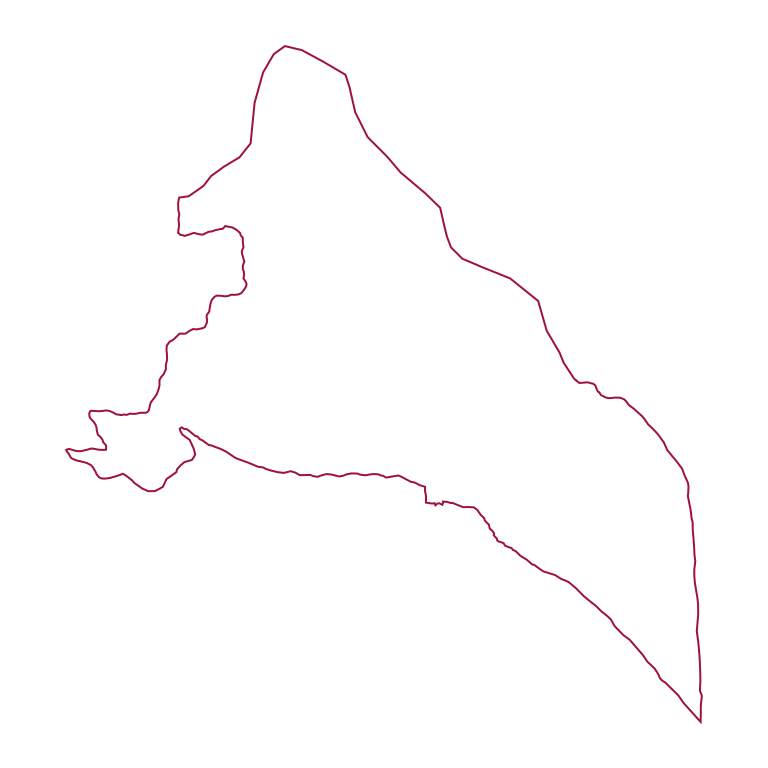 outline of Kigoma Urban, Kigoma, United Republic of Tanzania
{"feature_id": "72390352B17759889395693", "entity_name": "Kigoma Urban", "entity_type": "district", "adm_level": 2, "iso_a3": "TZA", "parent_name": "United Republic of Tanzania", "parent_adm1": "Kigoma", "projection": "mercator", "projection_center": [29.65, -4.894], "detail": "fine", "context": "isolated", "style": "outline", "palette": "rose", "viewbox_px": 768, "rotation_deg": 0, "n_neighbors": 0, "source": "geoboundaries", "source_scale": "gbopen_adm2", "svg_char_len": 5269}
<svg xmlns="http://www.w3.org/2000/svg" viewBox="0 0 768 768"><path d="M179.1,197.6L178.1,203.1L178.3,209.9L179.3,214.3L178.5,219.3L179.1,224.9L178.1,232.8L179.4,233.8L180.4,234.9L182.6,235.2L184.6,235.9L189.0,234.6L193.7,232.9L199.7,234.3L202.8,234.7L205.2,233.4L208.6,231.8L212.0,231.4L215.5,230.1L218.2,229.6L220.5,229.0L222.6,228.9L225.4,226.0L228.1,226.7L232.2,227.4L236.5,229.8L240.2,233.1L240.6,235.2L242.8,237.8L242.8,239.8L242.9,242.5L243.5,247.2L241.8,251.1L242.0,253.8L242.9,256.6L244.3,261.6L242.9,265.4L242.8,269.1L243.8,271.5L244.1,274.6L243.5,278.6L245.5,281.3L246.5,283.8L246.2,286.2L244.8,288.6L242.1,292.3L240.7,293.5L237.8,294.6L234.2,294.8L231.2,294.7L228.1,296.0L224.9,296.3L221.9,295.9L219.2,295.7L216.5,295.7L214.4,296.9L211.8,299.9L210.7,302.9L209.6,308.6L209.3,311.5L206.8,315.0L206.6,317.0L207.1,319.5L206.9,322.6L206.0,324.6L204.8,327.2L202.6,328.2L196.6,329.4L192.9,329.1L189.7,330.8L185.4,333.7L179.5,333.7L174.4,338.7L172.4,340.3L169.6,341.7L166.8,345.5L166.5,350.5L166.9,353.6L167.1,359.8L165.8,365.0L165.9,369.3L163.6,374.3L161.1,377.1L159.5,379.9L159.5,385.5L158.6,389.2L156.9,393.9L154.8,397.2L150.8,402.3L150.0,405.2L149.8,406.6L149.3,408.1L148.9,410.2L147.8,411.7L146.3,412.7L143.8,412.8L141.6,412.7L139.8,412.9L136.6,413.6L135.0,413.9L133.4,413.9L131.6,413.8L130.1,413.6L128.9,414.1L126.5,414.9L124.4,414.5L120.7,415.1L119.3,414.7L117.0,414.5L115.2,413.8L113.3,412.6L110.5,411.4L108.6,410.7L105.6,410.5L102.9,410.9L101.0,411.1L99.5,411.2L98.0,411.2L96.6,411.1L94.4,411.0L91.3,410.8L90.3,411.1L89.9,411.9L89.3,413.2L89.3,414.7L89.5,416.6L90.4,418.3L92.5,420.7L93.7,421.8L94.7,423.4L95.6,424.7L96.1,426.3L96.7,428.3L96.7,430.0L97.0,431.2L97.2,432.1L97.9,434.7L100.5,437.0L102.5,439.8L103.3,442.3L106.1,445.5L106.0,449.7L104.1,449.9L100.2,449.8L97.4,449.5L94.2,448.8L91.4,448.5L87.2,449.7L81.1,451.1L77.8,451.2L73.9,450.4L69.5,449.0L68.1,449.1L66.1,450.0L67.2,451.9L68.9,454.0L69.8,455.8L71.2,458.1L74.4,459.6L77.3,460.7L79.5,461.0L81.9,461.7L84.1,462.2L86.8,463.0L89.4,464.3L91.2,465.3L93.1,467.6L95.5,471.7L96.7,474.4L99.1,477.3L101.7,478.5L105.1,478.6L108.9,478.1L111.3,477.6L116.2,476.2L120.7,474.7L122.8,473.7L126.0,475.6L132.1,480.4L134.4,483.0L142.2,488.5L148.2,491.2L154.9,491.1L159.4,488.8L162.8,486.9L166.5,479.1L171.4,475.7L176.5,472.0L176.9,469.5L180.5,465.5L184.4,462.1L191.8,460.0L193.7,457.3L195.2,454.6L194.0,449.5L191.7,444.2L189.6,439.8L185.5,436.9L182.1,434.3L180.0,430.1L179.8,428.6L181.8,427.4L183.9,428.8L187.1,429.3L190.0,431.6L193.0,434.1L195.5,436.1L197.6,436.5L199.5,439.0L202.3,440.3L205.3,442.4L208.6,444.9L212.0,445.6L215.6,447.1L220.3,448.8L225.6,451.3L228.5,453.2L235.3,457.9L240.2,459.8L247.0,462.2L250.8,463.7L257.8,466.7L263.3,467.5L266.0,469.0L270.7,470.5L277.9,472.2L283.8,472.9L290.7,471.2L295.5,472.7L299.8,475.1L304.4,475.1L310.4,474.9L313.3,476.2L318.0,476.8L320.1,475.8L323.3,474.9L326.1,474.1L330.8,474.4L334.8,475.4L339.2,476.5L343.3,475.7L346.4,474.4L351.6,473.4L357.5,473.6L360.3,474.7L365.5,475.3L368.7,474.7L372.3,474.1L375.5,474.1L378.7,474.4L380.6,475.4L383.0,475.8L385.9,477.5L387.8,477.3L392.1,476.5L398.5,475.5L401.8,477.0L405.0,478.7L411.1,481.9L414.6,482.5L416.9,483.6L419.6,485.1L425.1,486.8L424.9,490.4L425.9,495.4L426.1,498.2L425.9,502.6L428.5,503.0L430.8,503.4L432.9,503.5L434.6,503.2L435.4,505.3L437.6,503.5L439.5,503.3L442.3,504.8L443.1,502.7L442.9,501.6L446.7,501.8L450.3,502.9L453.1,503.1L457.1,504.8L463.2,507.2L467.9,507.0L473.9,507.4L477.2,509.8L480.8,515.0L484.2,518.2L484.8,520.3L486.1,522.0L488.8,524.5L489.3,526.5L489.7,528.5L492.4,530.9L494.1,533.4L493.7,535.1L494.7,536.4L496.8,538.5L497.3,540.6L499.0,541.6L500.9,542.1L503.6,543.2L505.1,545.7L508.7,547.2L511.5,548.0L512.9,549.9L515.5,551.0L520.3,555.7L522.7,557.3L526.5,559.5L532.4,564.6L534.1,564.8L538.7,568.2L543.2,571.3L550.6,573.7L555.0,575.0L561.2,579.0L565.8,580.7L568.8,582.2L576.4,588.6L583.6,596.0L586.6,598.5L596.7,606.6L601.4,611.4L606.9,615.7L610.9,619.5L614.7,626.2L623.3,635.1L629.7,639.8L643.0,655.2L647.2,661.5L654.6,668.5L658.4,674.4L659.9,678.2L662.6,681.0L665.0,682.3L678.4,695.5L683.5,702.9L700.6,721.9L700.8,714.5L700.8,705.7L701.9,695.7L699.9,690.8L700.4,680.6L700.1,667.7L699.5,656.0L698.3,642.4L696.8,631.2L698.2,614.1L698.1,603.9L697.3,597.3L694.9,583.0L694.3,575.8L694.3,569.3L695.3,561.4L694.5,555.1L694.2,548.7L693.5,538.1L692.8,530.8L692.6,522.1L691.5,517.9L691.0,512.5L690.3,508.3L689.0,501.9L687.9,496.1L688.2,493.2L688.5,486.5L688.0,483.0L685.8,478.0L684.6,475.5L682.1,468.7L676.9,461.7L671.8,455.6L667.2,450.0L663.9,442.5L657.9,434.2L652.7,428.7L648.1,424.4L645.2,420.0L642.0,416.1L633.7,408.6L628.9,405.1L626.2,401.4L624.1,399.3L620.1,397.7L615.2,397.6L609.0,398.2L605.2,397.3L600.7,394.8L599.3,392.3L598.0,391.7L596.7,389.2L595.2,385.3L593.3,383.8L587.4,382.3L579.5,383.0L578.2,382.1L577.3,381.4L576.0,380.1L575.9,380.3L574.3,379.0L563.7,362.8L559.5,352.5L546.7,330.7L538.2,301.0L510.1,278.4L482.0,267.1L462.3,258.7L451.0,247.4L447.2,237.3L447.2,237.1L446.8,236.1L443.8,223.8L440.2,207.8L425.5,193.5L400.6,172.5L387.3,156.8L367.7,137.2L355.2,112.2L349.4,86.7L345.4,74.7L323.2,61.7L301.8,50.1L284.9,46.1L273.8,54.1L263.1,72.4L254.6,102.8L250.6,143.4L239.5,157.3L223.9,166.7L211.0,176.1L203.5,185.9L188.8,196.2L179.1,197.6Z" fill="none" stroke="#9f1239" stroke-width="2"/></svg>